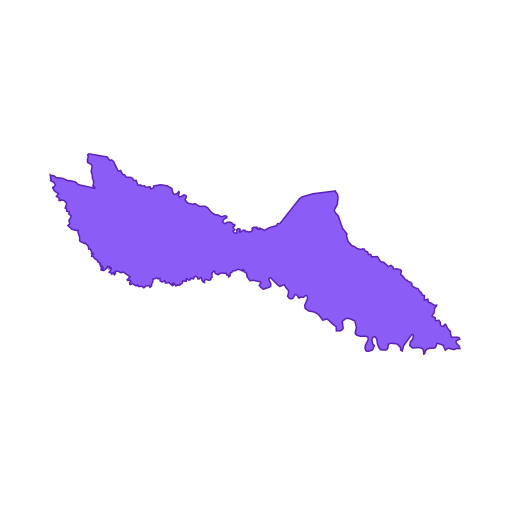 Quinsaloma, Los Rios, Ecuador (orthographic projection), rotated 279°
{"feature_id": "8360857B59163426869713", "entity_name": "Quinsaloma", "entity_type": "district", "adm_level": 2, "iso_a3": "ECU", "parent_name": "Ecuador", "parent_adm1": "Los Rios", "projection": "orthographic", "projection_center": [-79.358, -1.146], "detail": "fine", "context": "isolated", "style": "filled", "palette": "violet", "viewbox_px": 512, "rotation_deg": 279, "n_neighbors": 0, "source": "geoboundaries", "source_scale": "gbopen_adm2", "svg_char_len": 6089}
<svg xmlns="http://www.w3.org/2000/svg" viewBox="0 0 512 512"><g transform="rotate(279 256 256)"><path d="M303.9,40.1L300.1,41.2L299.5,42.0L298.2,41.4L297.0,44.9L294.8,46.7L293.4,46.2L291.9,44.5L291.3,44.6L291.1,45.4L289.7,45.8L288.5,47.1L286.6,51.2L283.7,49.5L282.4,52.6L280.1,52.7L280.1,54.2L281.2,55.0L280.7,55.7L280.9,57.7L278.7,60.4L277.6,60.8L273.6,60.0L273.5,61.1L270.6,62.1L270.5,64.5L269.8,64.9L268.3,64.3L266.8,67.1L265.1,67.1L261.9,65.6L258.6,67.1L256.7,65.4L253.6,70.0L253.0,75.0L253.5,75.3L253.4,76.5L251.0,76.7L247.3,78.8L243.2,79.5L241.4,84.6L242.0,85.7L239.5,88.7L236.6,89.7L237.0,91.4L233.5,93.3L233.5,94.1L232.7,93.3L232.2,94.5L231.9,93.8L229.9,93.7L230.2,95.2L228.0,97.3L227.0,99.9L225.6,100.5L224.3,103.4L223.5,103.0L222.9,103.9L221.9,103.8L221.2,104.5L222.2,106.1L221.5,105.4L220.7,106.5L219.6,105.0L217.9,105.2L217.8,107.0L219.1,107.0L218.0,108.1L221.1,110.9L222.1,110.7L222.6,111.2L222.0,112.2L222.5,113.0L220.5,113.0L221.5,114.8L219.4,114.9L217.1,113.4L216.6,115.2L215.4,116.5L216.5,116.8L217.1,118.5L215.9,118.4L215.3,119.1L217.0,120.0L218.6,119.3L219.5,121.1L218.4,125.3L219.4,127.6L215.8,134.8L212.3,132.4L211.7,133.4L212.4,134.9L211.8,136.2L211.0,136.5L210.3,135.3L208.2,135.8L208.1,136.5L209.4,138.4L207.7,142.1L208.9,143.8L207.6,144.5L207.7,146.4L208.4,147.7L207.0,150.2L209.2,152.0L210.1,155.0L208.5,156.2L210.2,157.6L211.8,157.2L214.2,158.1L216.7,157.8L219.0,161.5L218.1,162.6L218.8,164.7L216.5,165.1L215.8,166.6L215.6,167.3L217.3,169.8L215.1,170.8L216.1,174.3L213.6,178.0L214.3,179.0L215.8,178.1L216.4,179.2L213.9,181.6L215.0,182.7L215.0,184.5L215.8,185.7L218.0,187.5L219.9,187.5L220.1,191.0L222.6,190.7L222.6,191.8L221.6,193.3L222.3,194.9L223.9,195.3L223.6,197.9L225.7,198.3L226.5,199.4L225.9,201.4L224.3,202.1L224.5,203.5L225.6,204.0L226.1,205.2L223.6,206.3L222.0,208.1L221.8,209.3L223.8,208.9L225.1,209.9L224.6,213.4L225.6,215.0L226.8,214.8L228.1,215.9L232.4,215.0L234.6,216.8L234.6,217.3L232.3,218.6L231.6,221.6L233.7,223.9L234.2,229.2L232.6,230.1L232.6,232.1L231.1,232.2L232.2,233.3L235.3,233.5L236.3,234.8L237.7,235.4L238.0,237.4L239.9,240.0L239.9,242.8L239.1,244.8L240.6,245.4L240.0,246.3L238.6,246.6L237.8,249.2L234.1,250.4L230.6,254.0L231.6,257.1L231.1,264.6L229.8,265.1L228.6,264.1L227.2,263.9L224.5,267.7L224.4,268.6L227.4,274.4L228.4,275.2L230.8,275.0L235.2,272.3L236.4,272.8L236.8,273.9L230.8,281.9L229.6,284.3L232.2,288.3L229.6,290.3L227.2,293.3L224.5,293.9L221.2,293.5L219.2,295.7L219.3,298.0L220.0,299.0L224.2,300.8L223.8,302.7L221.4,304.5L221.1,305.3L222.6,306.7L222.5,309.3L224.6,311.1L224.7,312.6L223.7,313.3L221.1,313.4L215.0,311.8L211.8,312.8L210.0,316.5L209.8,322.1L208.7,325.5L207.5,327.5L203.0,332.0L204.7,335.2L204.3,337.5L200.9,342.0L198.8,346.2L194.6,347.1L195.4,351.1L197.0,352.9L198.2,353.4L205.0,351.4L208.5,354.8L208.8,357.8L207.4,363.8L201.3,366.3L195.7,366.0L194.6,366.4L193.6,367.8L193.0,371.6L194.0,377.2L193.0,379.5L190.8,379.9L184.8,378.0L182.3,378.0L179.9,379.1L179.3,380.2L179.5,382.0L181.2,385.5L182.0,386.0L186.0,386.9L187.6,384.9L191.9,383.4L194.1,384.3L195.0,385.8L193.1,388.2L188.4,389.6L184.5,391.9L182.9,393.7L183.3,398.7L184.0,399.8L185.4,400.6L189.7,400.5L191.0,403.3L191.2,409.0L188.6,412.7L185.7,413.6L185.0,415.3L190.7,415.9L202.3,421.9L203.0,422.8L202.6,423.8L200.5,424.0L197.7,423.4L195.5,421.9L191.7,421.8L189.6,424.9L191.1,431.4L190.7,434.8L189.5,435.9L185.3,437.1L185.8,437.8L188.7,438.2L190.7,439.2L192.0,441.7L192.9,446.3L193.8,447.6L197.8,448.3L198.2,449.0L197.2,454.6L192.6,457.7L195.0,460.0L194.5,466.3L196.0,468.5L196.4,471.9L198.9,470.6L201.2,467.5L202.6,467.0L203.7,467.2L205.8,470.3L207.0,469.5L207.3,467.6L206.4,461.9L208.5,460.6L212.2,459.7L212.6,458.6L214.9,456.3L218.3,453.9L217.8,452.8L215.8,452.5L215.8,450.1L216.7,448.9L219.2,448.5L221.1,446.7L220.3,443.5L223.2,442.5L223.8,439.7L224.8,439.2L227.8,440.8L232.4,440.6L234.6,442.0L235.7,442.1L235.2,439.8L237.0,436.0L237.3,433.6L240.3,432.4L238.9,430.0L239.0,429.0L243.2,428.6L243.5,426.3L245.4,425.3L247.0,422.7L249.1,421.1L249.4,418.2L250.7,415.0L253.4,414.1L254.5,412.0L254.7,410.2L255.7,409.2L255.8,407.4L259.4,403.8L260.3,401.8L264.1,401.9L265.0,400.9L265.4,397.0L264.5,394.2L266.6,392.9L267.9,390.8L266.2,388.4L269.7,383.3L269.9,379.9L274.4,376.0L273.2,370.2L275.1,369.5L275.5,368.6L275.0,366.9L277.6,365.5L278.0,362.9L279.8,361.8L279.7,359.9L278.8,358.8L279.2,354.8L281.0,351.1L281.2,349.0L284.7,344.8L290.0,342.2L291.9,342.4L297.2,336.9L308.4,331.0L311.5,327.3L313.4,326.1L319.8,328.2L326.5,327.9L329.7,326.8L331.8,324.6L332.7,324.3L326.4,302.5L321.5,292.1L319.2,289.9L291.7,274.5L291.3,272.3L289.1,271.4L286.2,265.0L282.7,260.3L283.7,257.2L283.1,256.2L284.2,255.5L284.1,254.9L282.7,254.4L283.3,252.4L283.8,252.7L283.8,252.1L284.5,252.1L284.0,249.2L282.7,247.8L281.6,248.5L279.5,247.6L278.6,245.2L278.8,242.7L278.4,241.6L279.7,241.1L279.4,239.2L276.8,236.5L277.8,236.0L279.7,236.3L280.3,235.0L279.9,233.6L278.4,232.7L276.4,233.7L275.3,232.8L275.6,230.6L276.9,229.5L278.7,230.9L280.5,228.8L281.2,228.8L282.7,230.4L283.8,229.9L283.7,228.5L285.1,226.6L285.4,224.8L284.7,222.2L283.1,220.4L283.7,218.5L284.7,217.8L286.0,218.0L287.8,219.0L289.3,221.1L290.6,220.9L290.9,219.1L289.3,215.5L290.6,212.2L290.5,208.9L292.3,204.8L296.0,200.8L297.1,197.8L296.2,192.3L298.2,187.6L297.1,184.9L297.7,180.2L300.4,177.1L303.5,177.9L304.7,177.4L305.2,175.4L302.6,172.3L302.6,171.0L303.4,170.0L307.1,170.2L307.6,169.6L305.8,168.8L304.0,166.1L305.0,164.3L309.6,162.3L311.4,157.4L311.5,151.0L310.9,148.9L309.1,144.0L307.3,144.1L305.9,141.9L306.2,141.2L307.6,140.8L307.8,140.0L306.9,138.2L306.8,136.1L307.9,134.7L307.2,132.4L308.2,130.9L307.4,128.3L312.0,125.7L311.5,123.6L313.3,122.0L314.1,119.9L313.5,115.6L315.7,113.5L315.6,111.5L319.3,109.0L318.4,107.6L318.6,106.4L327.0,100.6L328.3,98.4L327.6,96.6L330.5,93.6L330.8,75.2L329.8,74.0L327.5,74.8L324.6,74.4L322.0,75.1L320.5,79.2L319.1,80.1L313.5,80.0L309.9,81.8L306.9,82.3L305.0,83.7L301.2,84.3L299.6,83.8L298.7,86.0L297.6,86.2L298.7,69.5L300.8,66.2L301.4,60.8L300.9,58.7L302.5,52.5L302.1,46.7L303.5,44.2L303.7,42.0L303.2,41.4L303.9,40.1Z" fill="#8b5cf6" stroke="#5b21b6" stroke-width="1.5"/></g></svg>